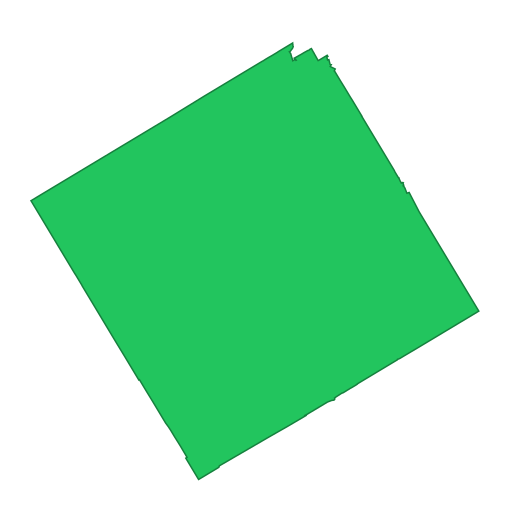 Capital, Córdoba, Argentina, rotated 59°
{"feature_id": "61730980B11086319733728", "entity_name": "Capital", "entity_type": "district", "adm_level": 2, "iso_a3": "ARG", "parent_name": "Argentina", "parent_adm1": "Córdoba", "projection": "mercator", "projection_center": [-64.197, -31.416], "detail": "fine", "context": "isolated", "style": "filled", "palette": "green", "viewbox_px": 512, "rotation_deg": 59, "n_neighbors": 0, "source": "geoboundaries", "source_scale": "gbopen_adm2", "svg_char_len": 4449}
<svg xmlns="http://www.w3.org/2000/svg" viewBox="0 0 512 512"><g transform="rotate(59 256 256)"><path d="M92.3,175.5L92.3,176.0L92.3,177.5L92.3,179.0L92.3,182.5L92.3,186.0L92.3,189.5L92.3,193.1L92.3,217.9L92.5,237.8L92.7,257.6L92.7,286.8L92.7,314.8L92.7,335.0L92.7,349.2L92.7,371.0L92.7,396.5L92.7,420.4L118.4,420.4L122.4,420.4L122.5,420.4L139.0,420.4L173.7,420.4L177.8,420.4L179.3,420.3L180.9,420.3L182.3,420.3L184.2,420.3L185.7,420.3L187.2,420.3L188.9,420.3L191.2,420.3L191.5,420.3L191.9,420.4L198.4,420.4L213.9,420.4L222.5,420.4L244.6,420.4L257.7,420.4L274.6,420.3L293.9,420.3L302.0,420.3L302.0,419.6L316.1,419.6L327.2,419.5L344.0,419.5L352.6,419.5L357.9,419.0L359.4,419.0L360.6,418.9L361.9,418.9L363.3,418.9L368.5,418.9L373.8,418.8L379.4,418.7L393.1,418.8L393.1,420.3L403.9,420.3L418.0,420.3L418.0,409.3L418.0,397.1L418.0,396.7L417.0,395.5L417.0,393.6L417.8,339.4L418.0,329.7L418.3,316.8L418.5,295.6L417.9,295.9L418.0,295.3L418.0,292.2L418.0,270.0L418.8,265.5L419.7,263.4L419.6,263.2L419.5,262.9L419.5,262.7L419.4,262.7L419.3,262.4L419.2,262.3L419.1,262.2L418.9,262.1L418.7,261.9L418.4,261.8L418.2,261.8L418.0,259.9L417.8,253.9L417.8,252.6L418.0,252.4L418.1,251.8L418.1,251.5L418.1,251.0L418.1,250.6L418.1,249.6L418.1,249.2L418.1,248.8L418.1,248.0L418.0,246.7L418.1,245.2L418.0,243.8L418.1,241.8L418.1,240.9L418.1,239.0L418.1,237.8L418.1,236.6L418.0,235.1L417.8,235.0L417.8,232.4L417.8,229.9L417.8,227.5L417.8,226.1L417.8,224.4L417.8,222.9L417.8,221.4L417.8,219.9L417.8,218.3L417.8,216.0L417.8,214.5L417.8,212.1L417.8,211.9L417.8,210.3L417.8,208.8L417.8,207.4L417.8,206.2L417.8,205.6L417.8,204.1L417.8,202.6L417.8,201.4L417.8,200.2L417.8,198.9L417.8,197.7L417.8,196.5L417.8,195.3L417.8,194.1L417.8,192.9L417.8,191.8L417.8,190.9L417.8,188.7L417.8,188.3L417.6,188.1L417.4,187.9L417.6,187.4L417.8,186.3L417.9,185.7L417.9,185.1L417.9,182.8L417.9,180.6L418.0,158.9L418.0,136.0L418.0,117.6L418.0,93.4L403.9,93.4L392.1,93.4L389.7,93.4L382.6,93.4L375.6,93.4L369.4,93.4L361.4,93.4L357.8,93.4L356.2,93.4L353.0,93.4L352.9,93.4L347.3,93.4L341.4,93.4L336.6,93.4L326.9,93.4L316.7,93.4L302.7,93.4L302.1,93.4L280.4,92.0L279.9,94.3L279.0,94.2L278.1,94.0L277.5,93.9L275.7,93.6L274.6,93.4L274.2,93.5L274.1,93.4L273.6,93.4L272.8,93.4L272.4,93.4L272.3,93.5L272.2,93.5L271.9,93.6L271.7,93.7L271.6,93.1L271.5,92.9L271.3,92.9L270.7,92.8L269.9,92.7L269.5,92.5L269.3,92.3L269.1,92.0L268.6,92.3L268.6,92.6L268.5,92.9L268.4,93.5L268.3,93.9L267.1,93.8L265.7,93.8L265.4,93.8L264.4,93.6L263.3,93.5L262.9,93.2L262.6,93.5L261.2,93.6L260.7,93.6L258.7,93.6L257.8,93.6L256.9,93.6L256.4,93.6L255.8,93.6L255.1,93.6L254.0,93.4L251.3,93.4L248.5,93.4L245.8,93.4L243.1,93.4L239.0,93.4L236.3,93.4L233.6,93.4L230.9,93.4L228.2,93.4L225.5,93.4L222.8,93.4L218.7,93.4L216.0,93.4L213.3,93.4L209.2,93.4L207.9,93.4L207.5,93.4L205.9,93.4L201.7,93.4L199.0,93.4L194.8,93.4L192.0,93.4L190.6,93.4L190.6,93.2L189.2,93.2L187.8,93.2L186.3,93.2L184.9,93.2L183.4,93.2L182.0,93.2L172.7,93.2L167.9,93.3L164.9,93.3L156.1,93.3L148.9,93.4L138.0,93.4L137.7,93.6L136.5,91.8L134.3,93.2L133.1,94.0L131.8,94.8L130.8,93.1L130.7,93.3L129.8,93.8L128.6,93.4L125.2,92.4L124.9,93.4L124.8,93.7L123.9,93.4L122.0,92.9L122.0,91.6L120.6,91.6L120.6,94.7L120.6,95.6L120.6,96.0L120.6,96.8L120.6,97.0L120.6,97.5L120.6,98.3L120.6,99.6L120.6,100.7L120.6,101.0L120.5,102.1L117.4,102.0L114.3,101.9L113.2,101.9L112.3,101.8L109.8,101.8L108.2,101.7L106.7,101.7L106.6,103.2L106.6,103.6L106.7,103.8L106.8,104.2L106.9,104.6L106.9,104.8L106.9,105.0L106.7,105.2L106.6,105.4L106.6,105.7L106.5,106.3L106.5,107.9L106.4,109.4L106.4,111.0L106.4,112.5L106.4,114.1L106.3,115.6L106.3,117.2L106.2,119.6L106.2,120.1L106.1,121.4L107.7,121.0L108.9,120.7L108.9,121.0L108.3,121.1L107.6,121.3L107.6,122.0L107.6,123.9L107.2,123.8L105.9,123.5L105.1,123.2L104.4,123.1L100.3,122.0L100.1,122.1L99.1,122.1L98.7,122.2L98.1,122.2L98.2,121.3L98.1,120.9L98.0,120.6L97.5,119.6L97.3,119.2L97.2,118.7L97.1,118.3L96.8,117.9L96.6,117.4L96.3,117.0L96.0,116.7L95.6,116.2L95.3,116.1L95.1,116.1L94.8,116.1L94.5,116.0L94.3,115.9L94.1,115.7L93.4,115.3L92.8,115.2L92.3,114.9L92.3,115.7L92.3,120.0L92.3,121.6L92.3,122.9L92.3,125.4L92.3,126.3L92.3,128.2L92.3,131.5L92.4,133.0L92.4,135.8L92.4,137.0L92.4,139.3L92.3,143.0L92.3,144.8L92.3,146.5L92.4,149.0L92.3,150.6L92.3,151.9L92.3,155.2L92.3,156.5L92.3,157.4L92.3,158.9L92.3,159.8L92.3,160.3L92.3,160.5L92.3,162.7L92.3,165.5L92.3,169.3L92.3,172.1L92.3,173.3L92.3,175.5Z" fill="#22c55e" stroke="#15803d" stroke-width="1.5"/></g></svg>